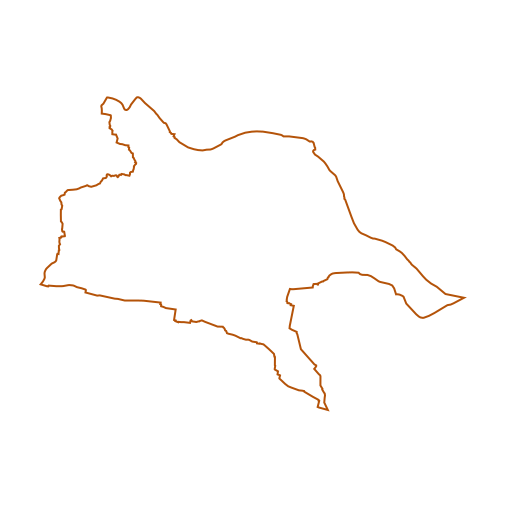 Tha Ruea, Phra Nakhon Si Ayutthaya, Thailand (orthographic projection), rotated 186°
{"feature_id": "78962969B60015542915267", "entity_name": "Tha Ruea", "entity_type": "district", "adm_level": 2, "iso_a3": "THA", "parent_name": "Thailand", "parent_adm1": "Phra Nakhon Si Ayutthaya", "projection": "orthographic", "projection_center": [100.715, 14.546], "detail": "fine", "context": "isolated", "style": "outline", "palette": "amber", "viewbox_px": 512, "rotation_deg": 186, "n_neighbors": 0, "source": "geoboundaries", "source_scale": "gbopen_adm2", "svg_char_len": 6123}
<svg xmlns="http://www.w3.org/2000/svg" viewBox="0 0 512 512"><g transform="rotate(186 256 256)"><path d="M101.6,224.4L90.6,214.8L87.7,212.8L86.1,212.1L83.7,211.9L82.7,212.1L77.8,214.5L72.7,217.9L60.8,226.9L60.3,227.2L57.4,228.0L54.6,229.6L44.8,236.2L63.6,238.0L73.0,244.3L79.0,246.9L84.2,250.2L87.8,253.3L95.1,260.3L99.8,263.4L101.0,264.5L101.8,265.6L103.0,266.4L103.7,267.3L105.3,268.5L108.2,271.6L111.3,274.3L113.5,275.6L117.3,277.3L118.5,279.0L121.2,280.7L128.7,283.4L132.2,284.4L139.7,285.7L141.5,285.6L143.8,286.2L148.8,288.1L153.6,289.6L155.8,290.9L157.7,292.8L162.0,298.8L165.1,304.8L173.2,321.4L174.1,322.1L174.2,323.6L174.7,324.5L174.9,326.1L175.4,327.4L176.3,329.0L182.6,339.0L184.5,343.1L185.5,344.4L186.3,345.0L190.9,348.2L192.0,349.2L194.4,352.6L196.7,355.3L198.4,357.0L204.6,361.3L207.9,363.0L209.4,364.7L210.1,365.6L210.1,366.5L209.9,366.9L209.4,367.5L208.2,368.0L208.5,369.9L209.1,370.6L210.5,374.5L210.9,374.7L211.5,375.5L213.2,375.8L214.2,375.4L214.7,375.5L218.2,377.3L220.0,377.8L221.7,378.1L235.4,378.4L241.1,377.8L242.7,378.7L243.9,379.1L252.1,379.9L262.1,380.4L268.4,380.0L273.2,379.2L279.6,377.5L286.6,374.3L289.3,372.5L298.5,367.7L299.8,366.8L301.1,365.5L302.0,363.7L302.7,363.1L309.6,358.5L311.1,357.7L312.6,357.1L316.1,356.6L320.2,355.4L324.7,355.3L328.9,355.7L334.9,356.9L344.1,361.2L347.1,363.8L349.3,364.9L349.3,365.7L350.5,366.3L349.8,368.6L352.9,368.6L353.2,368.9L353.5,369.6L354.7,370.2L354.7,371.0L358.8,377.6L359.2,378.0L359.8,378.6L361.5,378.8L362.5,379.6L366.3,383.1L368.9,386.1L370.1,387.0L372.4,389.5L382.4,396.5L386.9,400.4L388.3,401.2L390.0,401.6L391.2,401.2L392.5,399.4L396.1,393.6L397.2,390.7L398.6,388.6L399.8,387.7L400.5,387.6L401.7,387.9L402.0,388.1L402.7,389.1L404.5,392.4L406.0,394.0L408.1,395.3L411.4,396.7L415.2,397.7L420.0,398.2L420.8,398.0L423.7,391.5L425.0,390.1L425.4,389.6L425.5,388.6L424.9,386.8L424.5,384.5L424.3,381.5L420.4,381.4L415.3,380.8L415.1,380.6L414.7,378.1L415.2,375.1L415.8,373.8L415.2,371.2L414.6,370.4L414.5,370.0L414.6,369.2L415.1,369.0L415.0,367.8L412.8,366.8L411.7,365.5L411.9,364.6L411.6,362.1L409.2,362.0L407.9,362.1L405.9,358.4L406.5,354.3L403.0,353.2L400.6,353.2L397.6,352.5L394.4,352.6L394.3,350.9L393.5,350.5L393.5,348.5L392.4,347.8L390.6,345.5L389.2,345.1L388.7,341.2L388.0,340.9L387.0,339.1L385.7,337.5L385.7,337.2L386.0,336.6L384.9,336.0L384.9,335.1L385.5,334.6L386.8,332.5L386.6,332.1L386.8,329.4L387.1,328.7L387.3,327.0L389.2,326.5L390.0,325.7L389.9,324.1L390.3,322.6L393.2,322.9L394.2,322.8L395.9,323.5L397.0,323.4L398.1,323.6L398.6,323.3L398.8,322.5L400.0,322.6L400.4,322.5L401.2,320.6L401.7,320.0L402.4,320.4L402.9,321.4L403.4,321.6L404.2,321.5L405.7,320.8L407.4,320.8L408.4,320.1L409.7,321.1L410.6,321.5L411.9,321.8L412.5,321.7L412.8,321.3L413.0,320.7L412.7,319.7L412.7,319.3L413.4,318.0L413.8,317.8L415.5,317.4L416.2,317.2L417.1,314.9L418.1,313.7L418.8,311.8L420.1,311.2L422.2,309.6L427.1,307.6L429.8,308.0L431.0,308.7L431.4,308.7L432.6,307.9L437.4,305.8L439.0,304.7L441.3,303.6L444.9,302.8L450.0,301.9L450.7,301.3L451.8,299.8L452.7,299.0L452.8,297.0L454.2,296.3L456.0,295.6L457.3,294.0L457.8,292.9L456.4,290.4L455.2,289.0L454.8,286.9L454.0,285.9L454.0,285.5L454.2,282.3L454.3,282.1L454.9,281.7L454.4,276.5L453.6,270.0L452.6,269.2L451.7,267.8L451.6,263.2L451.8,262.5L451.4,260.9L451.2,260.3L450.9,260.0L449.6,260.2L449.3,260.1L448.1,255.9L448.2,255.7L449.5,255.4L451.4,255.2L451.7,255.0L451.5,254.3L451.7,254.0L452.2,253.7L453.0,253.6L453.5,253.4L453.2,252.7L453.1,251.1L453.1,249.8L452.8,248.4L452.1,247.2L453.1,245.6L452.8,243.3L452.2,241.3L452.3,241.0L452.7,240.9L452.7,240.7L452.6,237.3L453.7,237.4L453.9,236.9L454.2,230.8L454.6,229.9L455.2,229.2L456.2,228.4L458.1,227.3L459.0,226.4L462.6,222.2L463.5,220.9L464.3,218.7L464.5,217.6L464.5,216.4L463.8,212.7L464.0,211.3L465.2,208.4L467.2,205.3L460.5,204.0L460.3,204.2L459.3,204.1L459.0,204.9L451.2,205.1L446.5,205.6L444.7,205.9L439.6,207.4L438.5,207.6L435.0,207.6L433.9,207.4L430.8,206.3L426.1,205.7L422.1,204.8L421.8,204.6L421.6,204.3L421.8,201.9L409.8,200.0L407.3,200.5L392.0,198.8L388.9,198.9L381.9,198.0L366.2,199.6L362.9,199.8L346.0,199.7L346.2,198.1L345.3,197.9L345.1,196.1L342.8,195.7L340.2,194.8L330.3,194.4L330.8,183.8L329.2,183.5L329.4,182.8L327.7,182.3L326.4,182.0L326.3,182.4L323.4,182.4L320.9,182.7L314.6,182.6L314.3,185.0L313.7,185.5L313.2,185.0L313.1,184.6L312.7,184.3L310.2,184.2L308.5,184.1L306.5,184.9L305.6,185.0L305.1,185.5L303.1,186.3L299.8,185.2L286.9,181.8L281.6,182.2L281.2,181.6L280.5,181.3L279.6,180.3L278.9,178.8L277.8,178.3L276.8,176.2L275.2,175.8L271.1,175.3L268.9,174.8L267.6,174.4L262.8,172.6L262.1,172.8L260.1,172.2L257.2,171.7L255.0,172.0L253.8,171.8L250.8,170.5L246.4,170.3L246.1,170.2L245.9,169.2L243.5,169.1L243.4,169.4L243.2,169.5L242.1,169.2L239.3,168.9L233.6,164.9L227.9,160.5L227.2,157.9L226.8,157.9L226.6,157.5L225.8,149.3L225.4,148.9L225.6,145.4L225.3,145.0L222.1,143.6L222.2,140.5L221.6,140.3L220.0,140.0L219.6,139.8L220.0,136.8L219.8,136.5L213.6,131.8L210.4,129.8L207.3,128.9L199.3,126.9L196.0,126.9L194.0,126.7L193.8,126.1L184.7,121.9L179.1,119.6L178.7,119.4L178.7,118.7L178.0,118.5L178.9,112.3L177.6,111.9L168.5,110.4L172.8,117.4L172.9,122.2L172.8,124.5L173.3,126.5L173.9,127.0L176.2,130.1L176.0,130.8L178.4,134.0L179.3,142.9L179.5,143.6L179.9,144.2L181.0,144.9L186.3,149.8L185.2,151.5L184.6,152.8L184.7,153.5L186.6,154.3L201.6,168.0L206.7,182.4L207.5,183.6L207.6,184.8L212.6,186.4L215.1,187.6L215.1,190.2L213.2,210.4L216.3,210.7L216.1,211.8L217.6,212.2L218.2,212.6L219.0,212.3L219.9,212.5L220.0,213.3L220.4,214.0L220.9,214.3L220.7,215.5L220.9,215.9L220.7,218.7L218.8,226.8L216.8,226.7L214.7,227.0L196.3,230.6L196.3,232.0L195.8,234.1L192.9,234.6L192.5,234.6L191.8,234.0L191.3,234.1L191.4,235.2L187.5,237.6L186.7,237.6L186.1,238.3L182.6,240.4L182.3,242.1L181.7,242.4L181.4,243.4L181.0,244.2L179.1,245.9L177.9,246.6L175.4,247.3L163.9,249.1L158.6,249.8L152.2,250.1L150.7,248.9L149.1,248.5L147.9,248.4L143.1,248.8L139.6,248.0L136.0,246.2L131.5,243.7L129.9,243.2L120.8,242.1L117.4,240.9L115.2,238.2L112.7,232.5L111.7,232.7L110.5,232.7L109.1,232.6L106.1,231.6L105.0,230.9L101.6,224.4Z" fill="none" stroke="#b45309" stroke-width="2"/></g></svg>